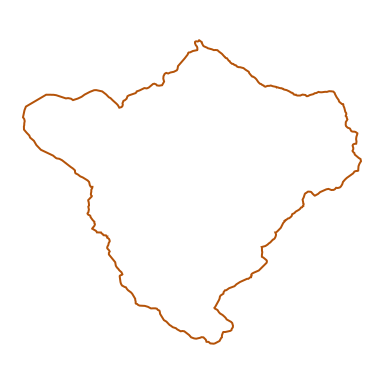 the district of Poiana Marului, Brasov, Romania
{"feature_id": "2599482B79917442697977", "entity_name": "Poiana Marului", "entity_type": "district", "adm_level": 2, "iso_a3": "ROU", "parent_name": "Romania", "parent_adm1": "Brasov", "projection": "natural_earth1", "projection_center": [25.322, 45.622], "detail": "fine", "context": "isolated", "style": "outline", "palette": "amber", "viewbox_px": 384, "rotation_deg": 0, "n_neighbors": 0, "source": "geoboundaries", "source_scale": "gbopen_adm2", "svg_char_len": 5874}
<svg xmlns="http://www.w3.org/2000/svg" viewBox="0 0 384 384"><path d="M276.0,234.2L275.3,232.5L275.8,232.5L277.2,231.5L280.8,227.8L283.2,223.0L284.9,221.1L284.6,220.8L285.6,220.0L285.9,220.1L288.1,218.4L289.0,218.3L290.5,217.2L291.6,216.1L292.2,214.2L294.5,213.0L295.6,211.7L298.9,209.8L300.2,208.7L300.9,207.6L302.2,207.2L302.5,206.5L303.3,206.0L303.1,205.5L303.6,204.6L303.6,203.8L303.2,203.3L303.2,202.5L302.6,199.6L303.7,197.4L304.8,194.0L305.5,193.2L306.1,193.0L307.8,191.7L308.6,191.6L310.6,191.8L311.3,192.1L312.7,193.8L314.6,195.6L315.0,195.6L318.1,193.9L320.1,192.1L326.4,189.3L328.5,188.9L331.4,190.0L333.6,189.9L334.9,189.2L336.1,187.8L337.8,188.0L339.7,187.5L340.8,186.6L342.2,184.4L343.0,181.9L345.1,179.5L346.8,177.9L353.1,173.4L354.5,171.5L356.1,171.0L357.6,170.9L358.2,170.6L358.5,166.2L359.5,163.6L361.0,161.2L360.5,159.0L358.8,158.0L354.8,154.6L354.3,152.9L353.6,152.5L352.5,150.9L353.2,149.4L353.3,148.0L352.6,145.7L353.0,144.6L354.2,143.9L356.2,143.7L356.5,141.6L356.1,139.1L356.4,136.8L357.3,134.1L357.4,133.3L355.6,132.0L354.6,131.7L352.6,131.6L351.7,131.3L351.0,130.7L350.1,128.8L349.7,128.4L347.7,127.7L346.1,126.2L345.7,124.9L345.8,122.1L347.4,119.5L346.7,117.7L346.7,117.0L345.7,115.9L346.3,114.2L346.2,113.1L345.3,111.8L344.3,107.8L343.3,105.5L343.3,104.4L343.1,104.1L341.9,104.0L339.3,101.8L338.8,100.8L338.7,100.1L336.7,97.3L335.0,94.1L334.8,93.2L333.4,91.6L331.3,91.3L329.1,91.2L326.9,91.9L325.1,91.8L321.7,92.3L319.7,92.2L318.5,91.9L316.4,93.0L314.5,93.3L313.5,94.1L310.0,95.0L307.8,96.1L307.2,96.1L306.5,96.1L305.5,95.0L302.5,94.6L300.3,95.5L297.3,95.5L296.3,95.2L295.9,94.7L295.3,94.9L293.7,94.4L293.6,94.0L292.7,93.1L292.2,93.1L291.9,92.7L290.8,92.4L289.7,91.6L286.6,90.1L283.9,89.5L283.3,88.9L282.6,88.9L282.4,88.6L281.5,88.2L281.1,88.3L278.8,87.8L277.6,87.3L276.6,87.5L276.2,86.9L272.7,86.2L270.8,85.5L269.8,85.8L267.5,85.9L265.3,86.7L264.3,86.3L263.6,85.5L262.4,85.1L261.2,84.1L259.9,83.7L258.4,82.2L256.3,79.2L254.9,77.8L253.2,76.7L252.4,76.7L252.2,76.3L251.7,76.1L249.2,73.1L249.0,72.2L248.5,71.6L245.5,69.7L243.5,68.1L240.0,67.2L238.8,67.2L237.2,66.7L236.2,65.5L235.4,65.4L235.0,65.0L234.3,64.9L233.4,64.0L232.7,63.8L232.2,63.9L230.3,62.4L229.6,61.1L228.8,60.8L226.9,58.2L226.0,58.1L225.1,57.4L225.0,57.0L224.5,56.7L221.9,53.8L218.6,51.3L217.5,50.2L215.7,50.0L213.8,50.1L211.9,49.3L207.7,48.2L207.1,47.7L204.1,46.4L203.2,45.7L201.8,42.9L201.9,42.3L199.3,40.3L198.9,40.4L198.8,41.0L198.3,41.3L197.5,41.5L196.2,41.3L195.5,41.5L195.0,42.0L195.0,43.2L195.8,45.2L196.9,46.5L197.3,47.6L197.4,49.6L197.2,50.1L192.9,51.0L190.0,52.4L188.7,52.5L188.2,53.0L187.7,54.5L184.6,58.5L178.0,66.1L177.5,69.1L176.8,70.3L173.8,71.8L170.4,72.5L168.2,73.5L166.2,72.9L164.7,73.8L163.5,76.2L163.3,78.7L164.1,81.6L162.1,85.2L159.1,85.7L156.9,85.4L156.3,84.5L154.4,83.7L153.0,84.0L148.7,87.6L146.8,88.4L144.3,88.1L139.4,90.5L136.7,91.4L136.6,91.9L135.6,93.1L129.1,95.3L127.5,96.2L126.6,98.7L124.9,100.2L123.5,100.8L122.5,103.3L122.8,104.7L122.4,106.1L121.5,107.1L119.3,107.7L117.9,105.2L116.5,103.7L112.8,100.4L110.5,98.1L108.9,97.3L106.1,94.4L102.2,91.4L96.2,90.1L94.1,90.2L89.8,91.9L84.6,94.6L81.6,96.8L77.7,98.6L73.0,100.1L71.0,98.7L68.1,98.1L65.9,98.4L56.2,95.2L53.5,94.8L46.2,94.7L25.9,106.6L24.5,110.2L23.0,117.3L24.2,119.0L24.7,121.1L24.3,123.1L24.2,125.3L23.9,126.5L24.0,129.6L26.6,132.7L29.3,135.5L30.1,137.6L33.9,140.8L36.4,145.1L40.9,149.8L53.1,155.6L55.8,157.9L56.8,158.4L59.3,158.8L62.0,160.2L70.6,166.9L72.8,168.4L74.7,170.1L75.0,170.6L75.0,171.9L75.5,173.3L77.9,174.5L80.3,176.4L82.7,177.4L87.7,180.5L89.1,182.0L89.8,185.1L90.7,186.7L91.2,186.9L92.4,186.9L92.3,187.8L91.3,189.8L91.3,191.7L90.9,193.8L90.9,194.6L91.3,195.6L91.8,196.0L91.7,196.5L88.3,200.0L88.2,200.7L88.7,202.1L89.0,204.8L89.0,205.5L88.3,206.7L88.9,209.5L88.3,212.4L87.7,213.0L87.5,213.5L87.8,214.2L88.4,214.8L89.7,215.3L90.4,216.1L90.6,217.2L92.7,220.1L94.4,221.8L94.3,222.9L94.8,223.8L94.9,224.4L94.7,225.1L94.2,226.1L92.5,228.1L92.2,228.7L95.7,230.7L96.5,231.5L96.9,232.4L101.1,232.5L101.4,233.2L102.9,234.3L103.5,235.2L106.0,235.4L106.8,236.7L107.3,236.6L107.2,237.7L108.3,238.3L109.1,239.1L109.6,240.4L109.7,241.4L108.7,243.1L108.3,245.1L107.5,246.4L107.2,247.5L107.3,248.4L109.1,250.4L109.7,251.5L108.9,252.9L108.9,254.5L115.2,262.2L115.8,265.6L116.3,266.6L117.7,268.4L118.1,268.6L119.3,270.3L121.5,272.3L122.4,274.3L121.8,274.9L120.4,275.3L119.8,275.8L119.7,276.5L120.5,282.1L121.0,283.8L122.0,285.5L124.7,287.0L125.9,287.3L126.8,288.8L128.0,290.2L131.1,292.5L132.3,293.9L135.2,298.8L135.2,299.7L135.7,301.8L135.6,303.0L135.8,303.5L136.1,303.7L137.1,304.0L138.2,305.0L139.6,305.6L144.8,305.9L147.9,306.8L150.9,308.4L155.1,308.3L156.9,308.7L157.7,309.8L159.4,310.6L159.8,311.8L160.1,313.9L163.9,320.1L166.4,321.6L169.7,325.1L170.4,325.4L172.8,327.2L175.9,328.2L177.1,329.3L180.7,331.3L182.4,331.0L184.3,331.3L189.1,335.0L191.1,337.3L194.1,338.4L196.2,338.7L200.1,337.8L201.4,337.2L203.1,337.3L203.5,337.4L205.8,339.7L206.5,341.8L208.6,341.9L210.3,343.4L213.7,343.7L214.9,343.4L219.5,341.0L221.2,337.9L221.9,337.4L221.9,335.8L222.1,334.8L223.0,332.4L223.4,332.0L225.3,332.0L228.5,331.3L230.2,330.9L231.4,330.2L231.8,328.8L232.8,327.4L233.0,325.8L232.2,323.0L231.1,321.9L226.6,319.4L225.9,318.2L224.7,316.9L222.6,315.0L220.1,313.5L218.9,312.2L217.5,310.0L214.8,308.5L214.4,307.9L215.2,306.9L219.0,300.0L219.6,298.5L219.9,296.7L220.6,295.5L223.4,293.7L223.6,292.2L225.0,290.3L226.3,290.2L229.1,288.2L234.5,286.2L236.4,284.3L240.2,281.9L247.1,278.8L248.4,278.8L250.6,277.0L251.1,277.1L251.2,276.2L251.6,275.7L251.2,275.1L251.3,274.6L252.0,273.7L253.3,272.9L258.8,270.5L266.5,262.9L266.9,261.8L266.8,260.7L266.4,260.1L263.4,257.6L261.9,256.8L261.9,255.1L262.3,252.0L262.0,251.0L261.9,247.4L261.7,247.0L265.4,246.0L267.7,244.5L268.7,243.5L270.3,242.4L272.9,239.6L273.4,239.5L274.6,238.5L275.4,237.0L275.9,235.5L276.0,234.2Z" fill="none" stroke="#b45309" stroke-width="2"/></svg>